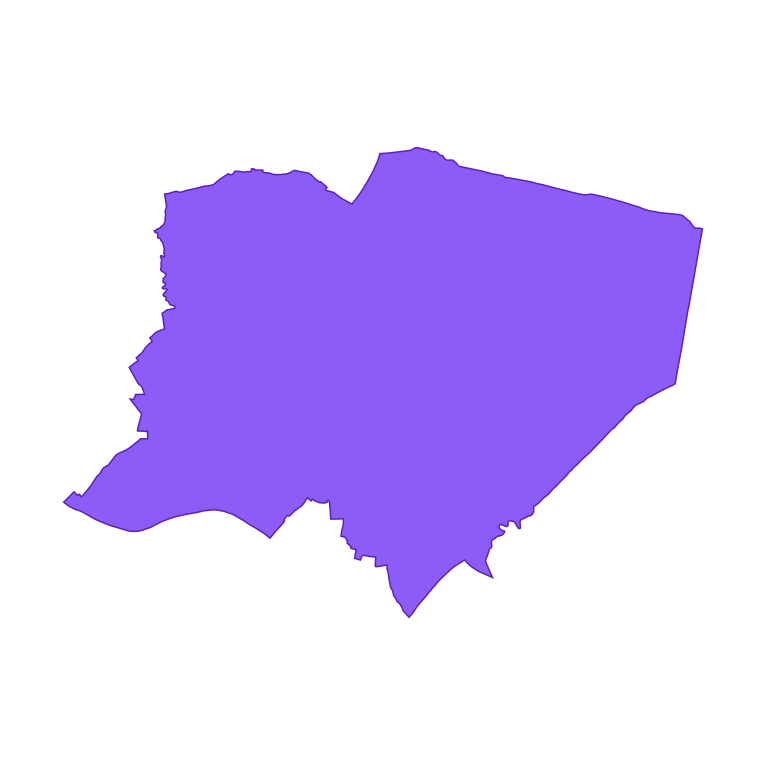 the district of Mueang Nonthaburi, Nonthaburi, Thailand, rotated 357°
{"feature_id": "78962969B57513030361621", "entity_name": "Mueang Nonthaburi", "entity_type": "district", "adm_level": 2, "iso_a3": "THA", "parent_name": "Thailand", "parent_adm1": "Nonthaburi", "projection": "orthographic", "projection_center": [100.48, 13.852], "detail": "fine", "context": "isolated", "style": "filled", "palette": "violet", "viewbox_px": 768, "rotation_deg": 357, "n_neighbors": 0, "source": "geoboundaries", "source_scale": "gbopen_adm2", "svg_char_len": 6149}
<svg xmlns="http://www.w3.org/2000/svg" viewBox="0 0 768 768"><g transform="rotate(357 384 384)"><path d="M166.0,301.8L166.6,304.9L167.6,317.5L162.5,319.0L159.1,320.5L157.6,321.4L155.1,323.9L152.6,325.6L152.8,326.2L154.7,329.0L154.6,329.4L151.4,331.8L147.3,335.5L146.9,336.7L145.2,338.2L144.8,339.1L144.0,340.2L138.0,344.8L138.0,345.0L139.8,347.6L130.4,354.0L138.5,370.7L139.4,371.7L141.2,373.1L142.0,374.3L143.9,379.9L144.2,381.8L135.4,381.5L135.4,382.2L135.0,382.6L134.9,383.7L134.1,384.1L133.6,386.3L129.7,385.8L140.4,401.2L135.7,415.7L135.4,418.0L141.3,418.5L143.7,419.1L143.8,418.6L145.5,418.7L145.0,426.4L138.2,425.9L134.1,429.1L126.3,434.6L122.5,436.7L115.3,439.4L112.4,441.2L104.4,450.5L99.7,453.0L98.7,453.9L95.2,459.1L92.2,461.5L86.3,469.7L80.8,476.0L76.2,480.7L76.0,480.8L73.9,478.1L73.6,478.1L72.5,479.3L72.2,479.3L68.8,475.4L61.1,482.5L57.9,485.2L58.1,485.5L63.2,489.7L68.3,492.7L73.7,494.8L77.2,496.7L88.6,504.0L97.6,508.5L103.1,510.9L121.3,517.4L124.6,518.0L129.7,518.2L133.1,517.8L143.2,515.0L155.2,509.6L165.5,506.4L172.8,504.9L179.6,503.8L190.2,502.5L197.5,501.2L205.9,500.7L210.5,501.1L217.4,502.7L225.5,506.0L227.9,507.3L237.2,513.4L242.4,517.3L249.5,522.0L256.6,527.1L262.1,532.0L268.6,524.8L272.2,521.5L276.8,516.6L277.4,515.8L277.6,513.4L280.5,510.4L282.5,511.0L286.8,507.1L289.0,505.4L290.7,504.5L292.1,503.3L293.5,502.7L295.1,501.5L297.4,499.3L301.6,493.6L305.1,496.9L306.7,495.2L308.2,496.4L308.1,496.7L313.1,499.1L316.6,499.6L318.5,499.7L319.8,499.5L321.0,499.0L320.8,498.1L321.0,497.8L322.6,497.5L323.7,500.2L323.4,500.6L323.6,505.1L323.8,516.1L331.0,516.4L336.3,516.5L336.2,521.0L334.2,528.3L333.0,533.7L336.9,534.9L337.3,535.1L339.2,538.8L338.8,541.0L341.3,543.5L342.2,544.1L342.3,544.7L342.1,546.0L343.8,547.0L346.8,547.5L347.3,547.9L345.6,556.6L351.3,558.6L353.1,554.5L354.0,553.8L360.3,555.4L366.6,556.5L366.6,557.4L365.9,563.0L365.8,565.5L366.1,566.0L367.8,566.0L377.5,565.0L377.5,567.2L377.3,568.8L378.1,571.1L379.0,580.7L379.9,586.9L380.3,588.3L381.8,590.8L382.6,596.0L384.9,599.3L385.3,601.2L385.8,602.2L387.0,602.7L387.4,603.5L389.0,605.4L389.3,606.4L390.0,607.6L391.4,611.7L396.8,618.3L400.6,614.4L406.0,607.2L413.6,599.3L418.1,594.3L420.0,592.5L421.7,590.3L424.2,588.1L427.1,584.7L431.2,580.9L442.0,571.8L446.6,568.8L455.3,563.9L456.9,566.0L459.6,569.0L462.6,571.7L466.0,574.2L469.7,576.6L482.2,582.9L476.7,568.2L476.2,566.0L476.3,564.8L478.3,560.8L480.4,554.9L481.3,553.9L482.4,553.1L483.1,552.2L483.0,547.7L483.2,546.5L483.5,545.8L484.5,545.1L486.9,543.9L488.5,542.4L493.5,541.2L494.3,540.9L495.7,539.6L496.6,538.2L496.8,537.6L496.5,537.0L493.4,536.1L491.8,533.8L491.5,533.1L491.6,532.2L492.1,531.1L492.7,530.4L493.0,530.3L494.3,530.8L498.1,532.6L499.4,532.8L500.0,532.4L500.4,531.9L500.8,528.2L501.4,527.3L502.0,527.2L505.7,527.9L506.5,528.2L507.3,528.9L510.6,535.2L511.3,535.4L512.5,535.2L512.7,534.7L512.6,528.4L512.8,527.8L513.7,526.9L514.6,526.3L516.6,525.7L520.8,523.7L523.4,523.0L524.6,522.5L526.0,520.8L526.7,519.7L526.9,518.7L526.9,515.5L527.5,514.1L532.1,511.1L537.0,506.5L542.3,502.8L547.1,497.8L550.6,495.0L554.5,491.2L561.7,484.8L564.6,481.3L567.0,479.8L568.8,477.5L572.9,474.3L577.6,469.8L580.1,468.0L581.1,467.0L585.8,463.2L601.2,448.9L602.8,447.1L603.6,446.5L608.9,441.3L612.2,439.4L613.5,437.7L615.8,435.5L616.6,434.5L619.7,432.4L622.4,429.1L624.9,426.7L627.7,424.8L629.2,423.5L631.6,420.8L634.1,418.5L635.0,418.0L642.1,415.1L646.1,411.8L650.5,410.0L663.5,403.8L672.4,400.3L674.8,398.9L678.2,383.7L683.1,363.8L691.5,325.5L692.0,324.5L710.1,245.8L707.3,244.9L703.6,244.7L702.2,244.1L699.7,241.0L698.0,237.9L694.9,235.2L691.5,231.8L690.5,231.2L687.2,230.2L668.2,227.3L664.4,226.2L657.6,224.8L651.1,222.3L648.1,220.7L643.0,219.0L631.3,214.6L618.9,210.4L611.5,208.1L601.5,205.3L598.3,205.3L595.9,205.7L594.5,205.7L589.5,204.6L582.1,202.5L576.9,200.7L567.7,198.1L553.6,193.5L545.8,191.4L541.0,189.7L518.8,184.5L515.8,184.1L513.7,182.3L512.9,182.0L502.7,179.7L492.9,176.5L470.6,170.6L469.6,169.9L468.3,167.9L465.1,164.5L463.3,163.8L459.7,163.9L458.2,163.6L456.2,162.0L454.7,159.2L453.9,158.8L452.5,158.6L451.8,158.4L449.2,155.6L447.9,154.7L446.9,154.4L445.0,154.8L444.2,154.8L440.4,152.6L435.6,151.5L429.7,149.7L427.5,149.7L425.4,150.9L422.5,152.1L400.6,153.6L391.8,153.7L391.0,156.8L389.3,161.0L385.0,169.4L381.5,175.5L377.8,181.3L371.3,190.7L367.0,196.2L361.4,202.6L351.2,196.4L344.3,190.5L341.9,189.4L337.1,187.9L336.1,187.4L335.8,187.0L335.9,186.3L336.2,185.9L337.3,185.1L337.1,184.3L331.3,178.7L330.6,178.5L329.5,178.8L329.1,178.7L328.6,177.5L326.8,176.3L321.9,171.0L320.4,169.9L319.0,169.3L309.7,167.1L307.2,166.2L306.0,166.0L304.6,166.3L300.7,168.3L297.8,169.1L294.1,169.2L291.9,169.5L286.2,169.2L283.6,168.6L281.2,167.5L274.3,166.4L274.2,166.1L274.2,164.1L266.0,163.5L265.8,163.4L265.9,162.6L263.3,162.1L263.1,162.2L262.3,165.0L257.9,164.7L255.3,165.2L252.1,164.4L246.5,163.6L243.6,166.8L241.7,167.1L239.7,165.9L238.6,166.3L230.0,171.5L224.4,175.7L223.2,176.2L220.5,176.7L214.1,177.2L206.0,178.9L197.1,180.3L191.0,181.8L189.7,181.8L187.0,180.8L186.2,180.7L178.1,182.6L176.4,182.8L175.0,182.7L175.0,184.0L176.1,194.9L176.0,195.8L174.5,200.0L174.7,204.7L173.9,207.6L174.2,209.8L173.2,211.1L172.8,212.6L172.4,213.2L169.6,215.1L168.2,216.5L164.9,217.9L164.0,218.8L162.7,218.8L163.3,220.8L165.6,221.5L165.9,221.7L165.9,223.1L165.6,226.0L166.0,226.3L168.0,227.0L168.7,228.9L170.4,231.2L171.6,237.0L171.1,241.7L171.2,243.0L171.7,244.7L171.6,245.2L171.3,245.5L170.7,245.5L169.2,244.4L168.4,244.1L167.8,244.3L167.5,245.0L167.6,245.9L168.3,247.6L168.4,248.4L167.6,252.4L167.8,254.9L166.9,258.1L167.3,259.1L171.2,262.1L171.7,262.7L171.9,263.4L171.7,264.2L170.5,265.9L169.0,267.2L169.1,268.1L168.6,269.8L168.8,270.6L169.2,271.3L171.0,271.5L171.1,271.9L170.9,272.6L170.2,274.2L169.5,274.8L167.9,275.8L167.6,276.2L167.6,276.6L167.8,277.0L168.4,277.4L171.7,277.8L172.2,278.1L172.3,278.4L171.9,279.1L168.7,282.4L168.2,283.2L168.1,283.9L168.6,284.6L170.9,285.8L171.0,286.4L170.5,287.9L170.5,288.6L170.9,289.1L172.2,289.8L173.1,290.6L174.4,293.5L177.7,294.6L179.1,295.8L179.5,296.5L179.1,297.3L178.1,297.7L170.9,298.7L167.8,300.9L166.0,301.8Z" fill="#8b5cf6" stroke="#5b21b6" stroke-width="1.5"/></g></svg>